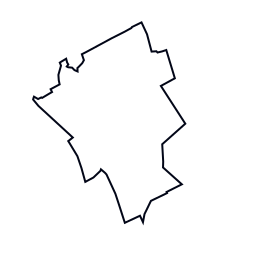 Ciuperceni, Teleorman, Romania, rotated 62°
{"feature_id": "2599482B84154453637694", "entity_name": "Ciuperceni", "entity_type": "district", "adm_level": 2, "iso_a3": "ROU", "parent_name": "Romania", "parent_adm1": "Teleorman", "projection": "orthographic", "projection_center": [24.946, 43.75], "detail": "fine", "context": "isolated", "style": "outline", "palette": "ink", "viewbox_px": 256, "rotation_deg": 62, "n_neighbors": 0, "source": "geoboundaries", "source_scale": "gbopen_adm2", "svg_char_len": 1020}
<svg xmlns="http://www.w3.org/2000/svg" viewBox="0 0 256 256"><g transform="rotate(62 128 128)"><path d="M106.1,63.3L77.1,57.6L76.4,61.9L75.2,66.5L73.6,66.9L71.6,71.3L54.2,67.2L41.1,66.5L40.7,77.0L41.3,78.1L41.4,86.1L41.1,100.4L41.2,113.9L41.3,129.3L41.2,134.1L47.4,135.1L49.3,138.0L50.8,142.6L51.3,144.5L54.4,146.0L51.7,148.1L48.5,149.0L47.4,150.6L46.3,152.3L45.0,153.2L43.9,150.9L41.6,151.0L37.8,150.1L38.2,157.5L41.5,157.9L48.4,164.5L53.3,166.7L57.4,167.9L57.4,173.0L57.4,178.1L60.6,178.2L60.7,181.5L61.1,189.7L60.3,190.2L60.2,193.8L56.2,196.3L57.2,197.4L58.3,198.4L66.5,196.7L110.5,181.2L111.5,186.9L112.7,186.8L129.1,185.9L141.5,187.9L155.5,191.0L155.5,181.8L152.9,172.5L151.8,171.3L156.9,169.3L159.0,168.8L180.1,170.0L184.8,170.8L192.3,172.1L210.2,175.3L211.1,158.6L218.2,159.0L211.7,153.8L209.2,150.3L204.0,143.2L203.1,141.9L203.8,124.1L202.6,124.0L202.8,115.5L203.0,106.9L184.5,113.7L179.3,115.6L174.2,112.7L158.4,105.4L151.1,75.4L106.3,79.2L106.1,63.3Z" fill="none" stroke="#020617" stroke-width="2"/></g></svg>